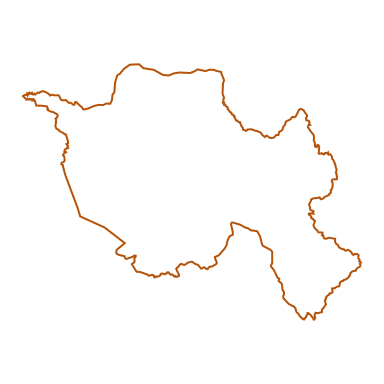 Sanxay, Attapu, Laos
{"feature_id": "54806243B69269956902772", "entity_name": "Sanxay", "entity_type": "district", "adm_level": 2, "iso_a3": "LAO", "parent_name": "Laos", "parent_adm1": "Attapu", "projection": "orthographic", "projection_center": [107.296, 15.037], "detail": "fine", "context": "isolated", "style": "outline", "palette": "amber", "viewbox_px": 384, "rotation_deg": 0, "n_neighbors": 0, "source": "geoboundaries", "source_scale": "gbopen_adm2", "svg_char_len": 5953}
<svg xmlns="http://www.w3.org/2000/svg" viewBox="0 0 384 384"><path d="M117.3,75.2L115.1,82.4L114.3,92.7L112.6,94.3L111.9,100.3L110.2,103.8L106.3,103.5L103.1,105.1L98.7,104.9L94.5,105.8L88.1,108.5L84.3,109.5L83.1,109.3L81.9,107.0L80.4,106.1L76.1,102.0L75.0,102.3L74.5,104.6L73.3,104.8L71.2,103.1L70.2,102.7L68.8,102.9L66.0,100.1L63.7,100.4L62.0,100.2L60.8,99.5L59.1,95.8L58.1,95.2L54.9,95.4L51.5,94.7L50.0,95.5L48.9,94.0L45.5,92.0L42.9,91.1L40.1,92.1L39.5,92.9L38.0,92.5L35.2,94.5L34.4,93.7L34.0,94.4L32.8,94.4L32.0,92.8L31.2,93.9L30.2,93.1L29.2,93.9L28.9,92.8L27.9,93.6L27.5,95.3L26.8,94.0L26.5,94.9L24.5,95.0L23.0,96.1L25.5,98.5L26.6,98.9L26.5,99.5L27.8,99.1L28.3,99.6L29.5,98.9L30.5,99.7L31.4,99.1L33.5,99.1L33.5,99.8L32.9,100.5L34.8,100.5L36.3,105.6L41.9,105.7L46.8,106.4L47.4,107.2L47.4,108.9L47.9,109.0L47.7,109.8L48.2,110.5L49.5,110.8L50.8,111.7L52.3,111.8L54.0,112.5L57.2,114.4L57.8,115.5L57.0,117.5L55.6,118.5L56.1,120.2L55.8,121.9L56.2,122.6L55.6,124.1L55.4,126.1L56.4,128.8L58.7,129.7L59.2,130.9L63.5,133.2L64.7,134.3L65.8,134.3L68.0,141.4L67.9,143.5L66.4,144.1L68.1,146.2L67.6,146.9L68.1,148.0L66.9,148.2L64.8,149.6L64.4,151.5L64.9,152.0L65.9,151.9L66.1,152.3L63.7,153.6L63.0,155.3L64.2,156.4L64.7,160.6L63.7,161.9L61.6,162.9L61.3,164.3L63.0,165.2L63.2,167.3L65.4,175.3L77.6,207.9L80.2,216.4L104.6,227.5L124.8,243.1L116.8,249.7L116.2,251.9L116.3,253.0L117.1,254.0L119.2,255.0L124.6,256.2L124.8,257.7L126.2,259.0L131.6,257.2L134.4,255.6L135.7,255.7L135.7,256.7L134.4,258.1L134.5,262.1L131.8,264.1L136.2,271.2L136.8,271.8L138.7,271.8L141.8,272.5L148.0,274.9L148.8,275.8L152.1,274.8L153.9,275.7L154.0,277.0L154.8,277.4L155.3,277.3L155.3,276.5L158.3,276.5L159.5,275.8L160.5,275.2L160.7,274.0L161.1,273.7L161.9,273.5L163.7,273.8L163.9,274.2L165.3,274.1L166.7,273.4L166.6,272.8L167.2,272.3L168.6,272.3L170.0,274.4L170.8,274.7L171.5,274.3L173.0,274.8L173.8,276.2L175.0,276.7L175.4,276.1L176.6,276.9L179.0,275.9L178.9,274.5L176.2,269.1L176.7,267.9L177.6,267.6L179.6,265.0L181.2,263.8L184.2,265.0L186.4,263.9L187.4,262.8L191.6,261.7L193.1,262.3L194.2,263.5L198.0,264.9L201.0,268.5L201.6,268.7L203.7,267.3L204.4,267.3L205.9,268.7L207.6,269.2L208.7,267.4L209.9,266.6L210.9,266.7L212.5,266.2L215.8,264.3L216.7,263.4L216.7,262.1L215.3,259.1L214.9,257.0L218.8,255.3L224.7,248.5L226.5,245.2L227.7,240.2L229.2,237.0L230.3,235.8L232.3,235.1L232.9,234.4L232.7,231.5L231.1,224.6L231.3,223.2L231.9,222.5L232.9,222.5L240.4,224.8L245.3,227.6L248.3,228.4L250.5,230.2L257.2,231.2L260.1,236.5L261.9,243.8L262.7,245.7L269.3,249.2L271.3,250.5L272.2,251.9L272.2,263.2L271.0,265.5L270.9,266.4L274.0,270.2L277.4,277.4L279.3,278.8L278.6,281.0L281.3,283.2L281.9,284.2L282.6,290.1L284.0,292.1L283.9,294.6L283.2,296.2L283.5,298.4L288.7,303.9L294.3,306.9L295.5,308.4L296.2,311.4L296.9,312.5L298.4,313.7L299.7,316.0L303.1,319.3L304.3,319.4L304.6,318.2L306.1,317.3L306.3,315.7L307.5,314.3L307.6,313.0L308.4,313.2L310.8,315.2L313.3,318.4L313.6,319.5L314.2,319.6L315.3,317.6L314.5,315.6L315.5,312.8L317.8,313.2L322.0,312.0L321.9,309.6L323.0,308.7L325.9,304.5L324.9,300.7L325.3,299.6L326.0,299.1L325.8,297.6L326.5,297.1L327.0,296.0L329.1,294.6L329.5,293.4L331.0,293.4L332.6,292.2L332.0,288.5L333.9,288.2L334.4,288.4L336.7,286.8L339.3,286.2L339.9,282.6L341.9,281.0L343.0,281.0L343.9,279.8L345.4,279.7L348.1,277.8L348.8,277.0L348.9,276.2L350.1,275.3L350.3,273.3L352.0,271.6L354.1,270.8L355.7,270.8L356.4,269.0L358.0,267.6L360.1,266.5L360.5,265.0L359.9,263.9L361.0,262.4L359.2,261.3L359.7,260.0L358.3,258.3L358.5,254.9L357.0,254.1L354.6,254.0L353.5,255.0L352.3,254.1L351.5,252.4L348.5,249.9L345.3,250.7L343.7,249.1L342.4,249.3L339.0,247.4L338.0,245.1L336.2,243.8L335.1,241.9L335.1,238.8L329.0,237.7L326.3,238.7L324.9,238.7L323.8,238.1L323.5,236.1L322.1,235.3L322.8,234.7L322.4,234.1L322.5,232.6L318.4,232.3L316.9,230.1L315.6,229.2L313.8,226.6L313.5,224.9L314.6,222.4L314.9,220.8L313.8,220.4L313.5,219.2L312.9,218.7L312.5,218.9L311.3,218.2L311.2,217.0L310.4,215.4L308.8,214.6L308.9,213.6L309.2,213.4L313.4,213.6L312.8,212.6L313.5,211.2L310.7,210.1L310.0,208.9L310.2,207.8L309.0,204.5L311.2,200.3L311.1,199.4L313.7,198.3L317.4,198.0L319.6,197.3L320.2,198.7L321.1,199.3L323.1,198.5L324.6,197.0L329.1,194.9L329.2,193.9L330.9,192.8L330.8,190.0L332.0,188.8L332.7,185.8L332.6,182.6L331.7,181.3L332.0,180.0L332.7,179.4L336.8,179.3L336.9,175.9L336.4,174.6L336.7,174.0L335.9,172.7L336.7,169.6L335.9,167.8L335.2,164.3L334.6,163.6L334.6,162.6L332.8,159.3L332.3,159.1L331.8,156.4L330.5,154.4L328.7,154.6L328.1,152.5L327.3,153.5L326.7,152.9L325.0,153.0L324.4,154.3L323.8,154.5L323.3,154.0L322.5,154.0L321.8,153.2L319.3,153.9L318.7,153.4L319.2,146.9L318.6,145.4L317.9,144.8L317.0,145.5L316.7,147.1L315.2,146.6L314.9,146.0L315.0,143.6L313.7,139.9L314.1,138.3L313.6,134.9L311.0,131.8L308.0,127.2L308.2,125.5L309.0,124.9L310.0,124.9L309.1,123.7L309.5,122.2L308.7,120.7L306.4,120.3L305.9,118.1L307.0,116.5L307.1,115.5L304.2,111.4L303.7,110.2L302.7,110.0L301.3,108.9L299.3,109.4L295.5,116.8L294.1,117.3L293.1,116.8L291.9,117.2L290.4,119.4L286.0,121.5L285.5,122.4L285.3,124.4L283.2,126.9L282.5,129.7L281.4,130.7L279.3,131.7L278.4,135.0L276.1,135.0L274.3,137.4L271.9,138.0L270.0,137.9L266.8,135.7L266.2,135.8L264.9,137.1L261.8,134.5L260.9,132.7L256.7,130.9L254.8,130.6L251.7,129.3L247.6,129.5L246.7,130.6L245.7,130.9L244.4,129.9L243.2,129.8L242.7,127.6L241.2,125.9L241.1,124.9L240.1,123.2L240.2,122.3L238.4,121.9L237.5,120.7L236.1,120.6L235.8,119.5L234.5,117.7L234.8,116.6L233.6,116.0L233.5,114.9L231.8,114.3L231.3,112.6L229.8,111.8L228.7,109.9L227.6,109.1L227.8,107.7L227.4,107.0L225.9,106.3L225.6,105.2L224.2,105.0L224.4,103.2L223.2,103.3L222.8,102.2L223.6,101.4L223.2,99.6L224.1,98.0L222.5,93.6L223.0,83.5L224.1,80.2L221.5,73.8L221.1,71.9L216.2,70.8L213.7,69.8L209.4,69.7L205.5,71.1L197.5,69.4L194.4,71.4L190.1,73.0L179.2,72.5L173.4,73.5L168.9,75.5L163.1,75.0L153.7,69.8L143.3,68.2L139.4,64.4L135.5,64.4L129.8,64.7L124.0,68.8L119.8,73.9L117.3,75.2Z" fill="none" stroke="#b45309" stroke-width="2"/></svg>